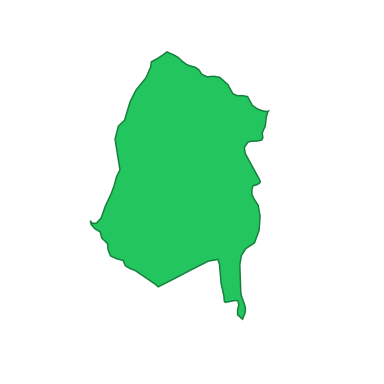 Yagha, Mercator projection, rotated 63°
{"feature_id": "BFA-2877", "entity_name": "Yagha", "entity_type": "Province", "adm_level": 1, "iso_a3": "BFA", "parent_name": "Burkina Faso", "parent_adm1": "", "projection": "mercator", "projection_center": [0.646, 13.4], "detail": "fine", "context": "isolated", "style": "filled", "palette": "green", "viewbox_px": 384, "rotation_deg": 63, "n_neighbors": 0, "source": "natural_earth", "source_scale": "10m", "svg_char_len": 1457}
<svg xmlns="http://www.w3.org/2000/svg" viewBox="0 0 384 384"><g transform="rotate(63 192 192)"><path d="M154.7,87.4L155.6,88.7L159.1,91.9L166.7,96.9L169.0,100.0L171.5,102.7L175.9,104.3L177.4,106.5L176.1,110.9L173.9,115.7L172.9,119.3L176.0,125.1L182.0,127.1L211.9,126.2L214.2,126.7L214.9,128.3L214.8,130.2L215.0,131.6L214.9,132.4L214.1,133.4L214.3,134.9L217.0,137.5L221.4,139.7L225.4,139.9L233.9,139.1L244.4,142.3L256.6,149.6L265.7,159.4L266.9,169.9L271.1,176.9L278.5,182.4L303.1,193.9L307.2,195.2L316.7,196.4L320.5,197.4L324.0,199.8L328.3,204.7L322.2,207.1L317.8,205.0L314.1,201.7L310.0,200.5L308.8,201.8L307.8,204.3L305.5,212.3L303.9,212.8L298.9,210.7L286.8,207.6L268.7,200.3L263.9,199.5L261.0,208.8L261.0,228.5L261.2,250.3L261.2,265.1L256.9,266.9L236.3,278.2L232.0,282.0L227.6,284.8L221.7,284.5L217.4,289.3L212.0,293.6L205.4,293.0L199.7,290.7L192.0,293.3L185.9,291.9L180.5,295.3L175.0,296.6L171.5,295.6L174.6,295.1L176.5,291.4L173.8,284.6L165.0,275.4L157.1,265.1L151.0,258.5L144.3,252.5L139.5,246.1L110.0,236.6L99.9,227.7L97.4,219.5L83.3,206.0L75.7,195.5L69.2,180.9L61.8,172.1L57.5,169.0L57.4,162.6L56.6,154.9L55.7,150.8L62.0,145.7L65.8,143.3L68.1,142.4L71.0,141.4L76.0,138.9L79.3,135.9L82.0,132.7L86.0,130.5L91.8,129.7L96.4,126.1L97.6,122.8L99.2,119.4L102.5,115.2L112.6,111.3L122.8,111.0L126.7,108.1L129.3,102.9L132.2,99.2L142.3,98.9L147.5,96.2L151.4,92.6L153.4,90.2L154.7,87.5L154.7,87.4Z" fill="#22c55e" stroke="#15803d" stroke-width="1.5"/></g></svg>